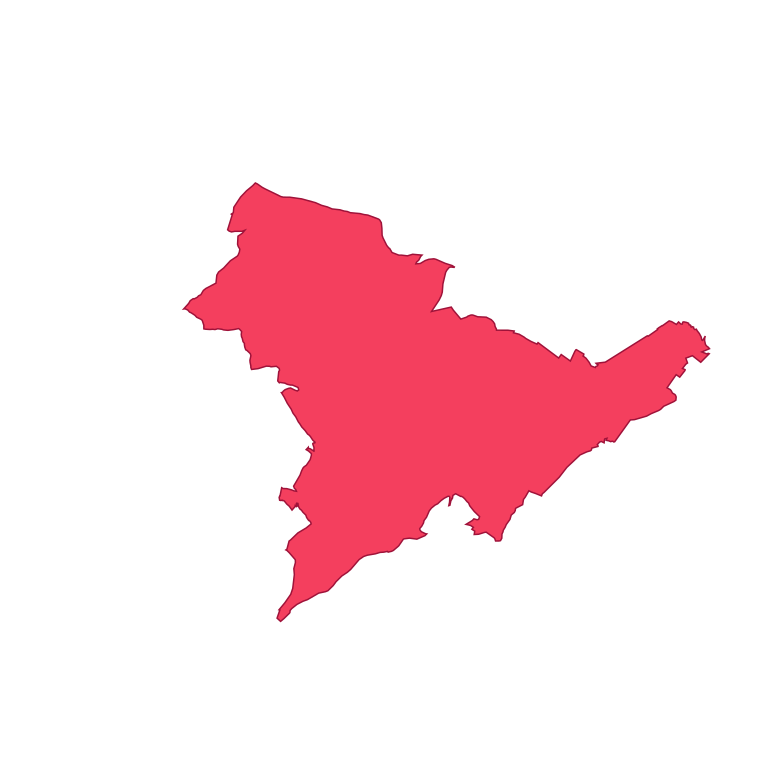 Lunca, Mures, Romania, rotated 311°
{"feature_id": "2599482B60450426042638", "entity_name": "Lunca", "entity_type": "district", "adm_level": 2, "iso_a3": "ROU", "parent_name": "Romania", "parent_adm1": "Mures", "projection": "equal_earth", "projection_center": [24.567, 46.85], "detail": "fine", "context": "isolated", "style": "filled", "palette": "rose", "viewbox_px": 768, "rotation_deg": 311, "n_neighbors": 0, "source": "geoboundaries", "source_scale": "gbopen_adm2", "svg_char_len": 6171}
<svg xmlns="http://www.w3.org/2000/svg" viewBox="0 0 768 768"><g transform="rotate(311 384 384)"><path d="M624.2,606.5L624.5,604.7L624.3,602.3L624.8,600.6L627.0,597.6L628.8,596.1L631.0,595.0L626.6,595.9L625.8,595.7L625.8,594.9L627.6,592.5L629.0,588.8L629.7,585.2L630.3,583.8L629.0,582.9L629.1,581.2L630.0,580.4L629.7,579.3L628.5,578.5L629.0,577.3L629.4,577.2L629.4,576.3L628.8,575.4L629.7,574.0L628.9,571.8L627.6,569.5L626.6,568.9L625.0,569.8L624.2,569.0L624.0,568.3L624.1,565.6L620.8,565.6L619.8,560.2L618.7,557.8L610.6,555.9L610.5,555.6L606.6,554.4L604.8,554.1L604.6,554.8L593.4,552.0L593.2,551.2L592.5,550.9L545.7,536.7L538.7,530.4L538.6,531.3L539.0,532.8L537.8,533.2L536.2,532.4L535.1,532.7L533.5,528.5L535.0,524.4L536.0,519.5L535.7,515.9L536.7,515.8L537.7,515.2L536.1,506.6L535.8,506.4L533.9,506.6L523.6,509.6L522.5,498.4L518.2,498.8L516.3,473.1L514.5,473.3L512.6,467.1L511.4,461.2L511.3,458.9L510.2,453.3L507.6,448.1L509.4,447.5L506.0,442.4L498.4,433.6L499.2,432.8L500.3,430.1L502.0,428.0L502.7,425.4L502.9,422.7L501.5,417.3L496.2,410.6L494.5,406.2L493.9,405.2L493.0,404.3L490.2,402.8L488.7,402.5L483.4,399.4L485.2,387.9L486.2,384.3L469.9,372.3L483.6,370.5L488.4,369.2L491.6,367.7L498.2,362.8L508.7,357.3L511.0,356.8L514.6,356.7L516.1,357.6L518.0,360.4L518.5,360.3L518.1,357.7L515.2,351.0L512.2,341.4L511.2,339.5L507.5,336.0L504.2,334.1L498.8,332.3L495.6,329.2L497.4,328.6L500.2,329.0L504.3,328.0L506.2,328.1L500.7,320.5L496.1,317.6L492.7,312.6L491.0,310.7L488.5,303.8L490.0,299.4L489.8,298.3L490.4,295.1L493.6,287.4L495.0,285.0L500.2,280.2L504.0,276.1L505.0,273.0L504.9,271.7L500.9,261.0L498.8,257.8L496.9,254.1L491.2,246.2L490.1,243.1L488.3,240.3L486.6,236.5L482.1,230.0L480.5,225.1L477.9,219.7L475.9,213.3L469.7,200.4L463.2,190.4L459.0,185.5L457.8,183.2L453.2,166.1L452.5,162.9L451.9,157.2L451.3,155.0L447.5,154.8L439.6,153.5L431.0,153.1L418.9,154.7L414.4,157.9L412.0,157.3L412.0,158.0L412.3,158.4L397.8,164.8L397.8,166.8L398.7,169.1L401.4,171.3L406.1,176.7L408.7,178.1L405.0,178.2L399.8,176.8L393.4,181.8L392.2,183.7L391.2,186.7L388.6,188.3L385.6,189.3L384.3,189.4L376.2,187.2L366.3,186.9L360.0,185.7L356.5,186.4L349.9,191.0L339.3,186.9L336.1,186.3L331.2,187.2L328.9,186.2L327.0,186.2L323.7,184.9L323.2,184.0L319.8,183.1L316.7,183.7L309.2,183.6L310.2,184.5L311.1,187.3L310.7,190.1L311.2,191.7L311.8,196.2L311.5,198.9L312.7,203.2L312.8,205.0L310.1,209.5L307.4,211.9L308.3,213.4L310.9,216.8L313.0,218.9L314.2,220.7L316.6,222.3L318.9,225.7L319.6,227.5L322.1,231.0L326.5,234.9L330.4,237.9L330.6,239.1L330.2,242.1L327.8,243.7L326.2,245.5L325.6,246.9L323.5,249.8L323.0,252.1L322.2,252.7L320.6,254.6L319.1,257.2L319.4,258.6L319.2,263.2L318.0,265.0L314.0,267.2L312.5,268.7L310.3,271.6L309.0,272.8L308.1,274.5L313.0,278.9L320.3,283.5L322.4,286.2L322.8,287.4L326.8,291.2L327.0,294.5L326.7,295.2L325.7,296.2L324.2,296.5L316.6,301.8L316.2,304.2L316.9,304.4L319.6,308.6L320.3,311.2L321.8,314.0L323.1,315.6L325.0,321.4L323.6,323.5L321.9,323.2L321.0,321.1L319.7,316.1L318.1,314.8L314.9,313.1L312.7,312.7L310.9,312.8L310.2,312.2L308.6,317.3L306.0,323.7L304.1,330.5L302.3,334.4L301.3,339.0L299.2,344.2L298.7,346.6L297.6,350.2L297.1,355.0L296.1,359.2L296.3,361.0L296.1,362.8L294.9,367.1L294.8,370.1L294.1,370.4L293.3,369.5L292.4,369.3L292.0,369.6L290.0,373.0L288.4,374.2L287.6,375.2L287.3,375.2L286.8,371.2L286.4,370.1L285.6,369.2L286.5,368.4L283.4,368.3L283.9,370.9L283.8,374.9L282.3,376.1L278.5,377.9L271.8,378.7L269.0,378.0L267.4,378.0L264.4,378.8L260.2,380.4L247.6,382.8L246.4,385.0L246.5,386.5L245.6,388.3L244.3,386.2L243.5,383.8L241.2,379.2L238.9,376.4L238.6,374.8L231.4,378.9L231.2,378.7L229.6,379.3L227.8,381.5L228.4,382.6L229.1,383.0L229.3,383.7L229.7,383.7L230.3,385.5L229.6,389.4L229.6,392.6L228.5,397.3L233.0,397.3L234.1,396.7L233.9,398.3L234.6,398.5L236.3,396.3L236.8,396.3L237.4,397.4L235.5,399.6L234.5,402.4L234.6,404.5L234.0,407.1L233.8,411.0L232.5,413.2L231.8,415.8L231.6,416.8L232.0,417.1L231.6,419.4L230.6,420.8L224.3,419.7L215.1,416.7L204.8,415.8L203.2,415.4L195.7,419.1L194.4,418.8L194.7,419.9L194.5,423.2L193.2,432.3L192.6,432.9L191.1,434.3L185.5,437.1L181.3,441.4L169.9,449.2L164.1,451.6L153.9,452.7L144.7,452.9L145.1,453.7L137.1,456.9L137.0,461.7L141.4,462.4L149.1,463.0L149.8,462.9L151.5,461.7L154.0,461.7L160.6,462.9L166.9,465.4L171.0,467.7L183.3,471.9L188.9,476.1L191.2,477.3L198.5,477.9L203.3,477.5L211.4,478.1L218.0,479.9L222.4,480.5L235.2,480.4L240.5,481.8L243.8,483.7L250.3,489.0L254.3,491.5L257.0,494.2L259.9,496.4L259.8,497.4L262.7,499.5L264.6,500.3L271.5,501.3L279.6,500.4L280.5,500.9L284.4,504.4L288.5,510.6L296.4,514.4L298.9,514.6L298.2,513.4L297.0,509.0L297.5,506.7L298.3,505.8L301.3,505.8L305.0,505.0L307.2,503.8L311.3,503.5L317.9,501.4L321.5,501.2L326.2,502.0L328.8,503.1L333.2,503.5L337.3,504.4L341.3,506.0L342.0,506.8L341.7,508.0L337.8,511.0L334.7,512.7L335.7,513.3L339.9,511.0L341.4,510.9L342.1,510.3L342.7,510.6L345.2,509.1L348.2,510.1L349.5,515.7L350.0,516.1L350.4,517.9L350.3,520.2L349.7,523.8L349.7,525.9L348.3,528.7L347.0,535.8L346.6,543.2L343.9,544.2L342.6,543.3L341.2,540.3L338.9,540.2L331.9,538.0L334.0,542.0L334.5,545.5L332.0,545.6L332.5,549.0L329.6,550.8L332.7,554.0L337.9,557.2L339.2,558.3L340.2,568.1L339.8,569.4L338.7,571.2L341.0,573.8L342.2,574.7L344.9,574.1L348.1,571.5L350.5,570.8L351.8,570.0L355.4,569.4L358.1,568.5L364.4,567.9L368.6,566.0L372.6,566.6L374.6,566.1L376.2,565.0L376.9,565.0L383.9,567.8L388.4,565.0L391.4,564.8L398.5,563.4L399.0,565.8L400.8,570.2L402.9,576.3L405.0,575.5L407.2,575.9L428.6,577.4L441.0,576.7L459.1,578.5L465.9,581.6L469.0,583.6L470.2,583.8L472.0,582.9L477.3,586.5L477.8,586.0L478.2,584.7L481.6,584.8L483.2,585.7L484.0,588.7L487.2,586.6L487.6,586.7L489.3,587.9L487.3,588.5L487.4,588.9L488.6,591.0L489.2,592.9L490.3,593.6L490.9,594.3L491.0,595.5L491.8,596.0L518.5,593.5L521.4,596.4L532.1,603.3L536.9,605.1L544.2,608.7L546.4,609.4L550.7,609.7L560.9,614.3L563.3,614.9L565.9,613.0L566.8,611.3L566.9,610.2L566.4,607.6L567.3,605.3L567.6,603.8L566.8,600.1L582.7,598.4L583.2,602.7L591.6,602.3L592.4,601.8L591.5,599.1L596.9,598.8L599.0,599.3L601.5,594.8L607.7,598.2L608.2,608.8L620.2,609.6L619.8,608.5L618.5,607.9L616.7,602.8L624.2,606.5Z" fill="#f43f5e" stroke="#9f1239" stroke-width="1.5"/></g></svg>